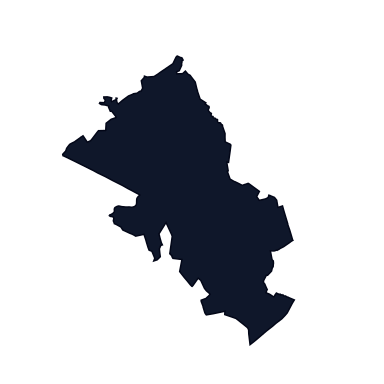 Rembates pag., Keguma, Latvia, rotated 291°
{"feature_id": "27541924B57720709752494", "entity_name": "Rembates pag.", "entity_type": "district", "adm_level": 2, "iso_a3": "LVA", "parent_name": "Latvia", "parent_adm1": "Keguma", "projection": "albers", "projection_center": [24.823, 56.781], "detail": "fine", "context": "isolated", "style": "filled", "palette": "ink", "viewbox_px": 384, "rotation_deg": 291, "n_neighbors": 0, "source": "geoboundaries", "source_scale": "gbopen_adm2", "svg_char_len": 5723}
<svg xmlns="http://www.w3.org/2000/svg" viewBox="0 0 384 384"><g transform="rotate(291 192 192)"><path d="M82.4,249.4L85.9,255.3L92.5,265.5L89.3,266.5L89.5,271.8L89.6,274.4L89.7,278.4L87.1,286.8L85.4,292.0L85.1,292.5L84.8,293.1L83.5,294.3L80.0,295.8L70.3,300.9L74.6,303.5L77.6,305.2L88.9,311.3L95.5,315.3L99.5,317.4L105.8,321.3L110.1,323.1L113.2,324.2L124.0,325.5L127.9,326.2L128.1,319.3L128.3,319.1L128.2,318.8L128.1,318.5L128.0,318.4L127.9,318.2L128.0,317.9L128.1,317.6L128.3,317.2L128.5,316.7L128.2,316.1L128.0,315.4L127.9,315.2L128.0,315.1L128.4,314.3L128.5,313.9L128.4,313.7L128.2,313.4L128.1,313.2L128.1,312.8L128.2,312.7L127.7,312.3L127.6,312.1L127.8,312.0L127.9,311.8L127.6,311.5L127.7,310.9L127.8,311.0L128.0,311.0L128.2,310.8L128.1,310.7L127.8,310.5L127.7,310.2L127.5,309.8L127.7,309.6L127.6,309.4L127.8,309.3L127.7,309.1L127.6,308.8L127.8,308.2L127.8,307.6L127.9,307.4L127.9,307.0L125.7,306.4L125.6,306.7L124.2,306.1L123.4,306.0L123.5,304.6L123.8,303.9L124.4,300.9L124.5,297.1L127.1,297.1L127.9,297.2L129.1,295.9L131.1,293.9L132.2,292.9L132.8,291.3L133.5,291.3L134.2,290.6L136.0,290.7L141.1,291.3L141.3,292.4L146.7,294.6L150.2,294.1L150.2,294.3L151.4,294.5L153.8,293.8L154.7,293.6L156.8,292.6L157.4,291.1L158.3,290.5L165.1,286.3L165.5,287.1L166.0,288.8L166.3,289.5L166.6,290.1L166.9,290.5L168.1,291.9L168.1,292.4L168.4,292.5L168.6,292.7L169.4,293.6L170.6,294.3L173.7,297.1L179.7,301.2L181.2,302.1L183.1,303.5L183.3,303.1L186.5,300.7L191.4,296.9L195.9,293.1L196.6,292.8L207.2,284.6L211.4,281.5L208.4,277.8L208.5,277.7L214.7,274.0L216.5,270.9L216.6,266.7L216.7,265.9L216.6,265.5L216.6,264.9L214.3,265.1L213.4,264.5L211.9,263.1L208.3,257.8L209.6,255.9L210.7,254.2L211.0,254.0L211.3,254.1L216.7,254.7L218.4,248.5L218.4,248.4L219.2,245.6L220.1,242.2L220.2,241.3L218.7,239.6L217.9,238.5L217.2,237.7L216.2,236.6L216.7,232.1L217.0,228.4L216.9,227.7L217.7,222.9L224.0,217.5L224.7,218.2L232.4,213.7L232.7,215.5L244.4,212.8L249.7,211.5L250.2,210.8L250.3,210.5L250.5,207.5L250.6,206.3L250.7,205.0L254.9,203.2L258.4,201.9L264.6,196.7L265.2,196.6L265.5,196.3L265.5,195.8L265.6,195.2L265.8,194.8L266.0,194.6L266.3,194.5L266.4,194.3L266.7,193.8L266.7,193.3L266.2,192.2L266.2,191.4L266.5,190.9L267.4,190.4L268.7,189.9L268.8,189.7L268.6,188.6L268.6,188.1L269.1,187.4L269.1,186.7L268.9,185.8L268.8,185.2L269.1,184.9L270.0,184.6L270.0,184.4L269.9,184.1L269.8,183.4L269.8,183.1L269.9,182.8L270.2,182.5L271.0,182.1L271.4,182.0L271.7,182.1L271.9,182.1L272.0,182.1L272.2,181.9L272.4,181.6L272.5,181.3L272.5,181.1L272.4,181.0L272.4,180.7L272.9,179.7L273.5,178.6L274.0,178.1L274.1,177.9L274.4,177.7L274.8,177.7L276.1,177.8L276.8,177.8L277.7,177.4L277.8,177.3L278.1,176.9L278.0,175.8L278.0,175.3L278.5,174.6L278.8,172.6L280.2,173.0L281.6,166.3L288.0,161.0L288.5,160.8L288.6,160.7L290.1,159.5L295.8,155.6L299.6,149.4L300.2,148.6L300.6,145.8L300.7,145.7L302.5,142.5L299.1,140.8L296.9,135.5L298.7,134.5L300.6,136.6L306.4,137.0L309.3,135.9L309.4,136.1L310.8,135.6L311.6,136.4L312.5,136.0L312.9,135.2L313.5,134.8L313.6,133.7L313.4,132.9L313.7,129.7L313.6,129.4L312.2,128.8L304.9,128.2L292.2,119.4L290.0,118.0L286.2,115.2L284.2,111.0L283.2,108.8L283.1,106.1L281.9,106.4L277.7,104.8L271.3,108.7L270.9,108.7L270.2,108.6L268.4,108.4L268.1,108.3L268.0,108.2L267.1,107.0L266.7,106.7L264.9,105.6L264.6,105.4L262.8,102.2L261.7,101.3L258.9,98.3L252.7,94.3L247.8,91.7L248.6,89.9L251.2,88.4L252.6,88.5L252.5,87.5L251.0,87.9L247.6,84.7L248.3,83.7L251.0,83.4L250.9,81.3L250.5,78.9L249.1,75.6L247.7,76.3L247.2,77.6L246.2,78.2L244.0,78.2L242.6,74.0L241.5,73.9L241.1,76.1L242.1,79.8L242.4,83.7L241.3,83.7L238.1,86.8L238.7,88.0L235.3,93.6L235.1,93.8L234.3,94.4L231.6,91.3L231.0,90.5L225.4,87.2L218.6,89.4L218.4,89.2L215.7,82.7L213.6,82.0L206.0,79.8L204.2,79.2L203.7,79.1L201.0,76.4L202.1,74.8L204.6,71.3L205.4,70.1L203.0,68.5L203.0,68.4L202.9,68.4L197.8,65.0L197.5,64.8L197.1,64.7L194.1,61.9L192.6,60.7L190.3,60.0L188.9,59.6L188.1,59.4L187.8,59.3L187.1,59.4L184.9,59.4L183.2,58.7L180.9,57.8L180.5,57.9L179.6,58.7L179.7,59.0L178.7,70.9L177.9,79.3L176.8,90.7L176.7,92.1L176.5,93.4L176.0,97.1L175.3,105.6L174.3,113.6L173.2,124.7L172.2,131.2L171.8,135.0L171.0,141.1L170.7,144.1L170.4,144.4L169.8,144.1L168.7,143.5L167.2,143.0L166.2,142.9L165.4,143.0L163.8,143.5L162.0,144.2L160.7,144.5L159.8,144.5L159.0,144.2L158.0,143.7L157.5,143.2L156.2,141.4L155.5,138.6L154.9,137.3L154.6,136.4L154.3,135.8L153.5,132.8L153.2,131.9L152.8,129.1L152.5,128.2L151.3,126.8L149.9,125.7L149.2,125.5L148.1,125.6L146.8,126.2L146.0,126.5L145.1,126.4L143.7,125.8L141.9,124.4L141.4,123.7L141.2,123.5L140.8,123.4L140.3,123.3L140.1,123.8L140.0,124.8L140.1,125.4L140.4,126.0L140.5,126.6L140.3,127.4L139.9,128.0L139.2,128.5L136.8,128.9L136.0,129.8L135.5,130.1L135.0,130.6L134.6,130.9L134.7,131.1L134.5,133.3L134.1,136.2L133.9,137.8L133.8,138.2L131.7,141.1L131.6,143.0L131.2,148.8L131.2,151.2L131.0,153.1L130.6,155.2L133.2,159.2L135.3,162.3L130.8,166.0L128.5,167.7L124.4,170.9L122.3,172.8L122.3,175.8L116.8,181.0L113.9,181.0L116.2,183.8L120.2,185.6L123.3,183.9L127.3,181.9L131.0,182.0L132.0,183.3L133.7,181.5L136.0,179.8L136.0,179.7L138.0,178.3L141.2,176.1L141.3,176.2L146.4,177.2L154.2,178.7L150.7,182.3L145.1,188.1L143.6,189.4L135.5,191.3L132.8,191.9L126.4,193.4L125.7,194.9L125.4,196.1L124.5,196.4L123.2,198.0L125.4,206.8L113.3,209.0L109.4,215.5L107.4,219.2L105.3,222.8L105.5,222.8L104.6,224.1L103.9,225.7L103.9,225.9L104.1,226.0L105.0,226.4L105.8,226.6L106.6,226.8L112.2,228.2L113.7,228.7L112.7,231.8L106.5,238.2L104.9,240.9L103.5,244.8L103.4,245.0L102.9,245.5L100.4,244.6L100.0,244.3L98.3,243.5L97.6,243.2L96.8,242.2L94.7,239.8L94.2,239.3L93.0,240.1L92.9,240.0L89.9,242.7L89.2,243.3L88.6,243.6L84.1,247.1L83.3,247.9L82.4,249.4Z" fill="#0f172a" stroke="#020617" stroke-width="1.5"/></g></svg>